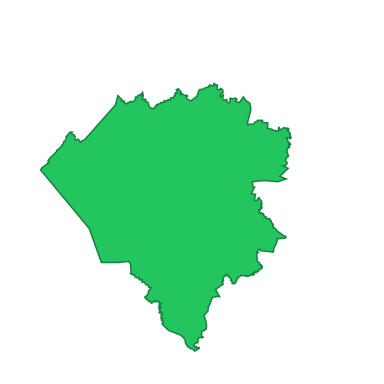 Zululand, KwaZulu-Natal, South Africa, rotated 230°
{"feature_id": "47623444B26591670939926", "entity_name": "Zululand", "entity_type": "district", "adm_level": 2, "iso_a3": "ZAF", "parent_name": "South Africa", "parent_adm1": "KwaZulu-Natal", "projection": "mercator", "projection_center": [31.134, -27.898], "detail": "fine", "context": "isolated", "style": "filled", "palette": "green", "viewbox_px": 384, "rotation_deg": 230, "n_neighbors": 0, "source": "geoboundaries", "source_scale": "gbopen_adm2", "svg_char_len": 5971}
<svg xmlns="http://www.w3.org/2000/svg" viewBox="0 0 384 384"><g transform="rotate(230 192 192)"><path d="M92.1,197.9L93.1,197.6L94.4,198.2L95.4,197.7L97.8,197.7L98.9,199.0L100.7,200.0L101.0,200.6L101.9,200.7L103.0,201.9L103.1,203.7L103.7,202.9L104.4,203.5L105.0,205.7L104.9,207.1L102.9,206.9L93.7,215.7L96.3,218.6L98.7,224.3L100.3,226.4L102.3,227.5L101.1,227.5L96.6,234.1L97.0,235.0L98.3,235.1L100.7,233.7L103.1,233.5L105.3,232.2L106.0,232.7L107.6,232.1L110.7,232.4L112.5,231.1L113.2,232.1L114.4,232.2L114.4,233.0L114.9,233.3L117.4,233.3L118.7,234.1L120.0,233.8L121.2,234.4L123.8,232.2L124.7,232.0L125.1,232.8L126.3,231.2L127.1,232.1L128.5,232.1L129.0,232.5L129.5,231.6L130.1,232.4L131.9,231.2L132.9,230.0L133.8,230.6L134.2,231.9L134.9,231.9L134.4,232.5L134.9,232.8L135.0,233.6L135.6,233.9L135.5,234.5L134.7,234.4L134.7,235.4L136.0,236.0L136.2,235.1L136.7,236.1L137.3,235.8L138.1,236.9L137.5,237.6L140.3,239.4L143.1,239.2L144.5,239.7L144.8,239.0L143.8,236.6L145.1,234.9L146.0,234.8L149.3,239.1L152.8,236.6L155.5,243.1L156.4,241.9L161.1,244.7L157.8,250.0L153.9,255.2L144.7,264.4L141.4,272.6L147.6,269.4L148.3,280.9L153.2,278.6L152.2,280.2L152.3,282.4L153.1,283.7L155.3,283.7L156.5,284.3L157.1,285.4L156.9,285.7L157.7,286.1L158.0,286.7L157.3,287.4L157.4,289.0L162.2,290.9L163.6,292.5L163.8,293.7L164.4,294.1L163.4,295.3L164.1,295.9L165.8,296.1L166.2,296.8L166.3,297.3L165.1,297.2L165.2,298.3L166.4,298.3L167.0,297.5L167.4,298.2L169.3,297.9L171.1,299.2L172.4,299.0L171.7,300.8L170.2,301.7L169.9,301.4L169.6,302.0L170.3,303.0L171.0,302.9L172.6,304.1L173.8,304.2L173.8,304.8L176.9,305.2L177.3,304.5L178.8,305.2L178.2,305.9L178.5,306.3L178.2,306.6L178.7,306.7L179.9,305.9L180.3,305.0L182.2,303.9L182.7,299.7L183.2,299.4L185.3,300.2L185.8,299.9L183.0,297.3L187.7,293.4L188.2,293.8L192.3,290.8L196.3,294.5L200.3,290.4L201.5,292.1L204.7,288.5L204.5,287.0L205.1,285.4L204.6,282.6L205.3,281.3L206.9,280.0L207.8,277.9L209.2,278.8L217.3,290.1L222.7,293.4L227.4,292.1L231.8,292.5L230.1,285.8L233.1,283.6L233.8,283.9L233.6,285.1L234.1,286.0L236.0,285.7L237.5,282.7L239.3,281.6L239.1,280.9L237.6,280.1L236.5,278.3L236.6,277.5L237.7,276.9L239.3,276.9L240.3,278.1L241.0,277.4L241.5,275.7L243.1,275.4L244.4,276.0L246.1,278.4L246.5,277.7L246.3,275.3L247.3,275.1L248.3,275.9L248.1,279.6L250.7,281.2L252.8,280.7L253.0,280.1L252.5,278.8L254.3,277.3L255.2,277.7L257.2,280.2L258.3,279.8L259.1,278.6L260.8,278.9L261.0,278.3L259.5,276.8L259.4,276.1L262.4,274.8L262.4,273.0L261.7,272.6L263.2,269.1L264.1,265.1L265.2,264.6L265.5,263.9L265.1,262.1L262.1,257.0L262.6,249.5L267.2,247.9L268.0,248.3L268.3,250.2L269.2,250.5L270.4,248.6L273.1,247.7L274.2,245.8L274.9,246.3L274.8,247.4L276.2,248.1L278.8,247.5L279.6,248.1L280.1,247.2L280.4,245.5L278.4,245.3L277.6,244.5L277.5,243.9L278.4,243.4L278.7,242.7L276.7,241.3L277.3,240.6L276.1,238.4L277.8,236.4L276.8,235.2L276.5,233.9L278.1,233.5L278.0,230.8L279.7,229.6L279.8,229.0L278.6,228.7L278.6,228.2L280.6,225.5L279.9,224.8L280.9,223.0L281.1,221.9L280.8,221.0L281.6,221.1L280.5,216.2L282.3,214.7L284.8,214.1L289.1,216.0L291.0,214.7L292.5,216.0L292.6,215.3L293.8,215.1L293.8,214.2L294.5,213.9L294.9,214.4L296.3,214.4L296.6,215.8L297.6,215.6L297.1,216.5L300.0,218.2L299.5,216.3L299.1,216.4L299.3,215.7L300.1,215.2L299.9,214.1L300.7,212.5L299.9,211.4L301.0,209.7L300.1,209.5L299.7,208.8L298.8,205.4L299.2,204.3L300.5,203.7L300.4,203.3L301.2,202.2L301.2,200.8L301.8,199.6L301.5,198.5L303.2,197.4L305.5,198.5L306.2,197.0L307.1,196.5L307.5,197.5L308.6,197.9L310.3,197.3L312.1,197.3L312.5,197.8L312.4,197.5L313.5,197.1L307.9,189.4L301.0,142.9L301.7,141.6L301.9,138.3L305.5,138.9L306.7,135.9L308.0,136.4L309.5,138.0L310.7,138.5L314.3,137.3L315.0,138.7L316.3,136.7L315.1,131.7L315.5,131.4L313.4,129.4L312.8,126.6L313.1,126.3L311.7,124.3L311.6,122.5L311.0,121.5L310.6,117.8L310.9,115.1L310.1,114.5L309.3,104.8L308.5,101.8L307.1,102.0L306.9,101.5L307.1,99.9L306.2,99.3L306.8,97.7L306.5,96.0L307.0,94.8L306.9,92.2L306.2,90.2L230.1,89.8L196.2,77.3L185.4,90.2L179.4,99.1L175.5,98.1L169.3,93.4L169.0,92.4L166.7,93.4L165.9,94.7L163.8,93.9L161.5,94.7L160.5,96.5L159.6,96.2L159.1,95.2L158.5,95.3L157.5,96.2L156.9,97.7L155.0,95.7L154.1,97.4L150.2,97.3L148.0,98.6L146.8,97.6L144.8,99.1L144.6,97.6L144.1,97.1L144.3,95.3L141.8,92.5L142.0,91.6L141.5,90.4L142.0,89.2L141.6,88.1L140.0,88.6L139.2,88.1L136.1,89.1L135.7,88.7L135.4,89.3L134.4,89.7L132.9,89.4L132.6,90.6L132.8,92.7L132.3,93.1L132.2,94.0L131.4,93.6L131.6,94.7L129.7,95.2L129.5,96.4L127.4,95.9L126.2,96.6L126.3,95.2L127.1,94.7L126.0,94.1L125.9,93.5L125.2,94.2L124.0,94.0L124.5,92.8L123.5,93.2L123.1,92.8L124.1,92.1L123.4,91.4L122.3,91.8L122.2,91.1L121.3,90.4L121.0,89.4L119.4,89.7L120.5,90.5L120.3,91.4L118.2,91.8L117.9,90.5L116.5,89.5L116.9,88.5L115.8,88.0L115.1,87.0L113.9,88.2L114.0,87.3L113.5,86.2L111.6,87.1L111.1,86.4L111.1,85.4L110.4,85.6L110.0,84.4L109.3,84.8L108.3,84.3L101.1,85.1L89.9,91.2L86.0,91.9L83.5,91.7L80.2,89.8L75.9,89.3L72.4,90.6L71.0,91.8L68.6,91.7L68.3,92.0L67.7,97.2L68.4,97.5L69.3,95.9L70.9,95.8L70.6,95.3L71.3,95.3L71.9,94.7L73.3,94.7L74.1,97.1L72.8,99.8L76.3,103.0L73.5,106.9L73.6,107.3L75.3,106.7L78.8,109.6L77.8,114.5L79.5,116.7L82.9,118.9L89.7,122.0L90.6,127.7L93.8,131.2L94.1,132.7L98.2,139.8L95.6,144.5L94.1,145.8L102.2,147.4L101.4,156.9L103.3,156.7L103.7,157.1L103.5,158.4L104.3,158.7L104.2,159.3L105.8,159.4L105.6,160.5L106.2,160.9L106.5,162.1L106.2,164.3L107.2,165.0L106.4,165.5L104.0,165.4L103.1,166.3L102.0,165.8L100.9,166.2L99.9,165.7L99.7,164.9L97.6,165.2L96.1,163.9L94.5,165.4L94.6,167.4L95.8,169.9L96.5,170.3L96.5,171.8L96.9,172.5L96.3,176.3L93.6,178.9L93.6,179.3L93.0,179.7L92.2,179.5L92.0,180.5L91.1,181.2L90.7,183.9L90.3,183.9L90.3,184.7L89.7,185.1L90.5,185.4L90.5,186.3L89.8,185.6L88.9,186.3L89.6,186.5L89.7,187.8L90.2,187.7L90.4,188.5L89.6,189.0L90.0,190.1L88.7,190.2L89.0,190.6L88.7,192.2L89.5,192.5L88.9,194.0L88.9,194.7L89.3,194.9L89.0,195.8L88.5,196.4L89.2,197.6L90.3,197.9L91.6,197.2L92.4,197.5L92.1,197.9Z" fill="#22c55e" stroke="#15803d" stroke-width="1.5"/></g></svg>